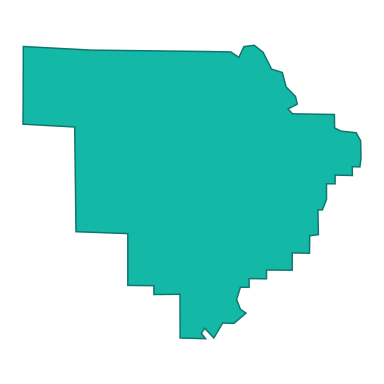 the district of Walker, Alabama, United States of America
{"feature_id": "52423323B96350777838033", "entity_name": "Walker", "entity_type": "district", "adm_level": 2, "iso_a3": "USA", "parent_name": "United States of America", "parent_adm1": "Alabama", "projection": "orthographic", "projection_center": [-87.187, 33.759], "detail": "fine", "context": "isolated", "style": "filled", "palette": "teal", "viewbox_px": 384, "rotation_deg": 0, "n_neighbors": 0, "source": "geoboundaries", "source_scale": "gbopen_adm2", "svg_char_len": 833}
<svg xmlns="http://www.w3.org/2000/svg" viewBox="0 0 384 384"><path d="M127.8,285.4L153.9,285.7L153.9,294.5L180.0,294.3L180.1,338.0L205.6,338.7L201.3,333.3L204.7,328.2L213.8,338.0L222.7,323.0L233.9,323.4L246.0,313.1L240.4,309.3L236.6,299.5L240.4,287.2L249.1,287.3L249.1,278.6L266.5,278.8L266.5,270.0L292.2,270.2L292.2,252.9L309.5,253.2L309.7,235.8L318.4,234.6L317.9,209.9L322.4,209.9L326.5,199.4L326.5,183.8L335.1,183.8L335.1,175.1L352.4,175.5L352.3,166.7L359.9,166.9L361.0,158.3L360.6,140.7L356.1,132.7L340.9,131.1L334.6,128.0L334.4,114.5L292.5,113.8L288.0,108.9L297.3,104.1L295.5,96.5L286.1,86.9L282.3,72.5L271.5,69.1L263.1,52.3L254.3,45.3L243.9,46.6L238.9,57.3L230.7,51.9L206.2,51.5L90.6,50.1L23.3,46.5L23.2,98.4L23.0,124.2L74.7,127.0L76.0,231.7L127.8,233.6L127.8,285.4Z" fill="#14b8a6" stroke="#0f766e" stroke-width="1.5"/></svg>